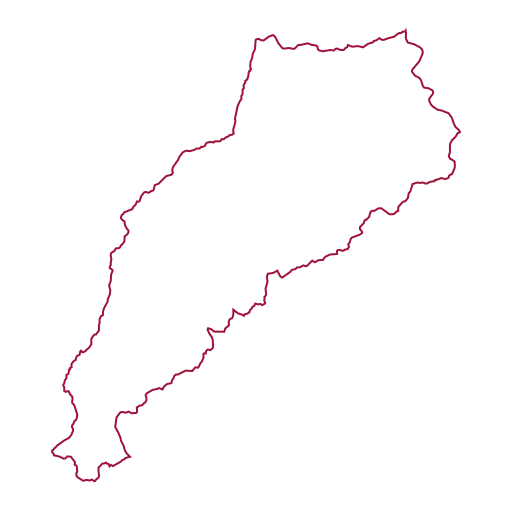 Pallasca, Áncash, Peru
{"feature_id": "86281439B95280421583989", "entity_name": "Pallasca", "entity_type": "district", "adm_level": 2, "iso_a3": "PER", "parent_name": "Peru", "parent_adm1": "Áncash", "projection": "natural_earth1", "projection_center": [-77.926, -8.372], "detail": "fine", "context": "isolated", "style": "outline", "palette": "rose", "viewbox_px": 512, "rotation_deg": 0, "n_neighbors": 0, "source": "geoboundaries", "source_scale": "gbopen_adm2", "svg_char_len": 5937}
<svg xmlns="http://www.w3.org/2000/svg" viewBox="0 0 512 512"><path d="M314.5,262.2L315.6,262.0L318.3,260.2L323.1,259.9L324.1,258.1L325.7,256.5L330.2,254.5L337.0,254.0L337.1,250.8L337.8,250.1L340.2,249.9L342.2,250.9L344.0,250.4L344.5,249.7L347.4,249.2L349.0,247.1L348.2,244.2L349.6,242.7L350.7,239.0L351.7,237.7L359.7,234.7L362.2,232.9L361.8,231.2L359.9,229.2L360.0,227.0L363.7,223.3L364.5,220.8L365.2,219.9L366.1,219.9L369.1,216.9L370.5,212.0L372.0,210.8L374.5,210.8L378.4,208.3L381.4,208.3L389.2,214.1L391.2,214.4L394.2,213.9L396.6,211.5L398.1,211.1L398.3,207.1L400.8,204.0L403.2,201.7L405.2,201.2L406.8,199.5L408.0,197.6L408.7,193.3L410.3,191.5L412.6,184.0L417.4,182.5L419.4,182.9L423.3,182.6L424.9,183.4L426.8,183.6L430.0,181.8L434.0,181.3L434.6,181.0L434.9,180.1L436.0,180.1L437.1,179.4L438.7,179.2L441.4,178.0L444.8,179.0L446.7,178.7L448.7,177.6L448.9,176.2L449.8,175.0L451.9,174.2L454.3,169.0L454.9,166.5L454.6,161.6L451.9,159.5L450.4,159.1L448.9,156.6L448.9,155.6L450.0,152.0L449.9,145.4L450.4,143.2L451.9,140.4L455.6,136.7L457.6,133.2L459.7,132.5L459.9,131.6L458.0,129.1L455.6,127.1L453.8,123.6L451.9,117.9L448.7,113.3L441.6,110.5L437.6,109.7L432.9,106.6L430.8,104.4L429.2,100.6L429.2,98.8L432.6,94.2L433.2,92.7L432.8,90.9L432.0,90.1L428.3,88.2L424.1,87.6L422.7,85.6L421.3,80.9L420.1,78.8L418.5,77.4L415.2,75.8L412.0,71.8L412.0,70.5L412.7,69.2L419.3,61.3L422.5,53.8L422.8,51.8L422.0,49.4L420.1,47.4L414.0,44.2L407.7,42.5L405.8,38.3L406.0,33.1L405.6,30.7L405.1,31.6L402.5,31.7L401.4,32.9L399.3,33.0L396.7,34.5L394.4,36.6L387.4,38.5L383.8,39.9L382.1,39.9L379.4,38.2L376.0,40.5L373.9,40.9L373.0,42.3L368.0,43.8L363.0,47.3L357.8,46.1L352.2,46.7L347.9,45.0L347.2,47.2L345.1,48.3L344.3,49.5L343.1,50.1L339.8,49.8L337.3,48.5L335.6,48.8L333.8,50.5L330.5,50.0L322.4,51.3L318.8,50.2L318.0,49.4L317.3,46.6L316.4,45.6L311.2,44.7L307.6,43.3L301.3,44.8L298.2,45.0L295.0,48.3L293.8,48.9L288.7,48.0L284.0,48.6L282.4,48.2L281.1,46.7L278.0,42.6L275.1,36.7L273.0,35.0L268.9,36.6L263.6,40.5L260.8,40.1L259.0,38.9L256.3,39.3L255.6,40.2L255.0,49.1L252.9,53.6L252.0,58.2L250.5,62.3L250.2,66.7L251.0,69.4L250.1,69.9L249.8,71.2L249.2,71.2L248.8,71.9L248.2,76.6L247.5,78.0L247.3,79.5L245.2,80.8L245.4,82.2L243.6,85.2L243.8,88.4L242.6,89.5L242.5,94.2L241.3,96.2L241.4,99.2L239.9,101.0L237.7,105.9L235.0,118.4L235.4,120.8L235.1,122.9L233.4,128.8L233.2,131.4L233.7,133.6L232.0,134.8L229.7,135.0L228.4,136.4L226.2,137.2L223.6,139.3L221.8,139.0L220.9,140.5L219.7,141.3L214.3,141.4L213.7,142.5L210.3,141.9L206.4,142.9L204.8,146.0L202.6,146.9L201.3,146.8L199.6,148.5L196.5,148.6L194.0,150.0L189.9,151.1L185.9,150.7L182.4,152.6L179.1,157.4L178.1,159.9L173.3,166.6L172.4,168.7L172.3,170.6L172.9,172.8L171.5,174.7L166.2,176.1L158.6,183.7L154.7,185.2L153.7,189.8L153.1,190.6L151.3,191.0L148.8,192.8L145.7,192.0L144.3,192.3L141.3,195.9L139.6,201.1L138.6,201.7L137.0,201.4L135.5,204.9L133.5,206.6L132.2,209.2L124.3,212.3L123.0,214.2L121.8,215.0L121.0,217.1L121.1,218.5L123.0,220.5L124.5,221.3L124.9,225.0L126.5,228.1L128.4,230.5L128.5,232.1L127.4,234.2L124.7,236.4L124.3,241.7L122.1,244.5L120.8,245.5L120.0,247.4L118.9,248.1L115.8,248.4L114.2,251.2L112.7,251.8L111.0,253.4L110.7,255.4L111.4,259.6L110.7,262.3L110.8,264.7L109.9,266.6L109.8,268.1L112.3,269.8L112.7,270.7L111.2,274.2L110.7,281.2L109.1,285.2L110.3,290.6L109.9,294.3L107.9,298.9L107.5,301.8L104.0,308.3L103.1,311.2L102.8,315.3L101.0,316.1L99.6,318.9L99.6,323.3L98.9,325.3L99.0,330.3L96.0,334.5L94.3,334.6L91.8,337.9L91.2,339.6L91.4,344.0L89.2,347.6L86.5,349.8L85.5,351.1L83.1,352.3L82.1,352.1L81.2,350.7L80.7,350.8L80.1,351.8L79.6,354.8L77.1,355.8L76.2,357.7L75.7,360.0L74.0,360.8L71.9,363.3L71.4,365.0L71.6,367.3L69.7,368.3L69.9,369.5L68.9,370.1L69.0,371.1L68.3,373.9L66.5,374.8L66.4,378.3L64.8,380.3L64.4,382.9L63.3,384.9L63.3,385.6L64.2,387.1L64.3,391.0L65.9,391.9L67.5,391.1L68.7,391.3L70.2,394.4L72.4,396.9L72.5,399.7L72.1,401.4L72.3,403.0L74.4,405.4L77.3,414.7L76.8,417.9L76.1,419.8L74.5,421.1L73.3,424.0L72.4,424.8L71.9,426.7L73.1,429.5L73.1,430.7L71.3,435.0L69.1,437.8L64.3,440.4L56.7,445.9L55.6,447.5L54.3,448.2L53.1,450.1L52.2,450.4L52.1,451.9L53.4,453.5L53.9,455.3L59.6,456.6L63.8,458.7L65.6,458.2L67.3,456.4L71.0,456.8L75.0,462.2L74.7,464.7L76.1,465.4L76.8,466.4L77.3,471.6L76.4,473.0L76.3,475.0L77.2,477.0L83.2,480.8L86.3,479.9L89.6,480.5L91.8,479.6L92.8,480.0L94.1,481.3L95.2,480.9L96.5,479.0L98.1,478.0L98.8,476.9L99.1,475.2L98.5,471.2L98.5,467.7L102.4,463.6L104.5,463.4L105.9,462.6L107.1,463.7L108.5,463.9L109.5,466.3L111.0,464.9L112.9,466.1L121.0,461.5L122.7,459.8L124.3,459.4L125.2,458.1L130.0,456.7L126.9,453.7L125.0,450.7L123.5,445.5L121.0,440.7L120.5,437.9L118.6,433.3L115.2,426.9L116.6,417.2L120.4,412.3L122.6,412.0L126.0,412.7L128.5,411.6L131.7,413.3L136.1,412.9L137.1,412.0L136.8,407.5L139.7,405.6L142.1,405.3L143.7,403.4L144.8,402.9L146.4,400.7L146.5,398.5L145.6,395.0L146.9,393.2L152.6,389.9L157.5,388.9L158.9,388.0L162.5,389.5L163.8,386.8L166.9,384.1L171.4,383.1L172.1,380.1L173.6,378.1L174.2,376.0L175.9,374.5L177.9,374.5L185.7,370.6L192.2,371.0L195.3,367.3L197.9,367.7L198.5,367.2L200.6,362.9L201.7,361.9L203.6,357.5L203.3,354.5L203.9,353.4L205.8,353.5L205.9,351.6L207.2,349.8L208.0,349.5L210.4,350.2L212.7,348.0L213.1,345.2L212.7,339.7L211.9,337.2L209.6,334.0L207.8,330.2L207.6,329.2L208.1,328.2L211.0,329.1L214.3,331.6L224.3,331.7L225.2,328.5L229.0,325.2L228.7,321.8L229.4,319.8L230.3,318.9L232.0,318.3L232.8,316.7L233.4,313.6L233.3,309.7L237.9,313.3L241.8,314.5L243.9,315.8L244.6,314.3L247.7,313.6L248.5,312.5L249.5,312.2L250.0,310.0L251.7,308.5L252.4,306.8L254.3,305.9L255.2,303.6L258.4,304.4L260.4,303.9L262.2,305.2L265.0,303.5L265.3,303.1L264.2,300.4L264.6,298.7L264.4,296.9L265.5,296.0L266.1,294.7L265.6,288.5L267.5,281.8L266.9,276.3L267.9,273.7L273.0,273.0L277.3,270.7L280.3,276.4L282.1,277.6L290.0,272.1L291.9,269.9L295.5,269.0L297.1,267.4L299.4,267.4L303.4,265.4L305.3,266.2L306.8,266.0L312.3,260.6L314.5,262.2Z" fill="none" stroke="#9f1239" stroke-width="2"/></svg>